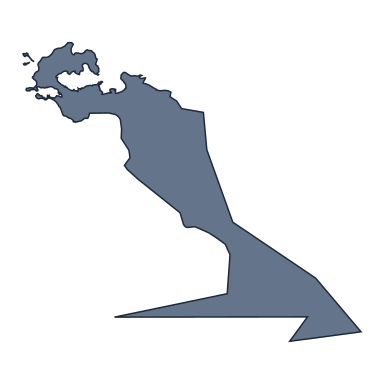 Garðabær, Reykjavík, Iceland
{"feature_id": "244011B25721014671193", "entity_name": "Garðabær", "entity_type": "district", "adm_level": 2, "iso_a3": "ISL", "parent_name": "Iceland", "parent_adm1": "Reykjavík", "projection": "albers", "projection_center": [-21.974, 64.042], "detail": "fine", "context": "isolated", "style": "filled", "palette": "slate", "viewbox_px": 384, "rotation_deg": 0, "n_neighbors": 0, "source": "geoboundaries", "source_scale": "gbopen_adm2", "svg_char_len": 5291}
<svg xmlns="http://www.w3.org/2000/svg" viewBox="0 0 384 384"><path d="M232.8,222.2L206.8,149.7L203.4,112.4L181.6,108.6L176.7,101.1L170.0,96.7L170.9,92.2L168.7,91.0L166.7,90.5L164.5,90.4L160.1,90.7L157.0,90.2L156.3,89.9L156.5,89.4L154.8,88.6L149.1,85.1L146.3,84.0L143.1,83.2L143.6,81.5L145.1,79.0L145.4,77.8L141.6,78.5L140.1,78.2L139.4,77.5L139.6,76.8L140.0,76.2L141.7,75.5L140.3,74.9L138.9,75.8L137.2,76.2L134.5,75.6L134.1,75.6L133.5,76.0L130.9,75.9L129.2,75.1L125.5,72.6L123.9,72.3L122.5,73.3L121.5,75.0L121.1,75.1L121.1,76.8L120.8,77.8L121.0,78.9L121.3,79.3L123.4,81.3L124.5,83.2L125.0,83.3L125.5,84.2L126.0,86.6L126.0,87.1L125.7,87.7L125.8,88.8L124.9,88.9L124.5,89.3L124.2,90.0L121.7,91.6L116.7,93.4L115.6,93.2L115.5,91.5L115.6,90.6L115.4,90.1L114.5,90.3L114.1,89.5L114.9,89.2L113.9,88.9L111.6,88.8L110.2,89.3L109.9,89.9L109.9,90.7L110.6,91.5L110.4,91.7L110.5,92.0L111.4,92.6L111.0,92.9L109.8,93.0L109.2,92.7L103.6,94.3L102.0,94.4L102.0,94.0L102.5,93.3L102.5,92.3L101.3,91.3L100.7,90.4L99.6,89.9L99.5,89.7L99.9,88.7L99.9,88.3L99.3,87.7L99.4,87.4L99.4,87.0L98.8,86.6L99.0,86.2L98.9,85.8L98.6,85.6L98.6,85.2L98.9,85.0L100.5,84.3L100.8,84.0L101.0,82.9L101.9,82.6L102.5,82.0L102.1,81.5L101.0,81.5L100.9,82.4L99.3,82.2L99.5,82.6L99.3,83.0L98.2,83.1L97.6,84.2L97.0,84.7L94.4,84.8L93.4,85.2L92.7,85.1L92.2,85.9L91.2,85.5L90.1,85.4L86.2,86.1L83.2,88.3L82.1,87.9L81.3,88.2L81.1,88.4L81.2,89.2L80.9,89.5L80.2,88.7L79.0,88.8L78.2,88.3L78.4,89.0L78.1,89.5L78.1,90.3L78.0,90.5L78.2,91.0L78.1,91.3L77.8,91.6L76.6,90.8L75.1,90.9L73.9,89.5L73.6,89.6L73.4,90.4L73.0,90.7L70.8,90.3L68.0,88.7L66.6,87.2L66.1,87.0L65.6,87.4L65.2,87.0L65.3,86.3L65.0,86.3L64.5,86.8L64.2,86.6L63.8,85.8L61.5,84.7L57.6,81.2L57.3,80.2L57.1,78.2L57.5,77.5L56.3,77.6L56.3,77.3L56.0,76.9L55.9,76.6L56.2,76.2L58.6,74.2L59.6,73.7L60.8,73.5L63.2,71.7L64.1,71.3L65.8,71.1L67.1,71.3L67.8,72.1L67.8,72.4L67.4,72.9L69.3,74.4L69.8,74.3L71.4,72.5L72.8,71.4L75.2,71.2L75.3,71.6L74.9,72.4L75.0,72.6L77.1,73.9L78.3,74.1L79.2,74.7L79.6,74.3L79.5,74.0L79.5,73.3L79.8,72.4L80.6,71.2L81.2,70.9L82.6,71.1L83.0,70.8L83.2,69.9L83.1,68.1L82.3,66.5L82.3,65.8L82.7,64.5L84.2,63.4L86.1,63.4L87.4,64.2L88.3,65.1L88.5,65.4L88.5,66.1L88.7,66.3L89.0,67.7L89.9,69.0L90.3,70.1L91.0,70.5L91.4,71.3L91.9,71.6L92.8,71.4L93.1,72.1L93.5,72.3L94.2,73.3L95.4,74.0L96.4,74.1L98.0,75.1L98.5,74.7L97.3,73.7L97.3,73.2L97.4,72.9L98.7,71.8L98.9,71.4L98.6,69.7L98.8,68.3L97.9,67.0L97.7,66.0L96.9,65.9L96.4,65.0L95.6,64.5L95.7,63.6L96.0,63.1L97.2,59.3L97.1,59.0L95.9,58.3L95.0,54.5L93.6,52.6L92.3,51.9L91.5,50.7L88.8,50.5L87.2,49.9L86.3,50.2L85.1,51.1L84.9,51.3L85.0,51.9L84.4,52.5L82.3,53.5L80.7,53.7L78.5,53.1L75.9,52.9L74.8,53.4L74.2,54.7L73.2,54.6L72.2,53.9L71.9,53.4L71.3,51.8L71.1,50.5L71.1,49.1L71.3,48.3L72.4,45.8L73.3,44.4L73.1,44.0L71.7,42.7L67.8,42.7L65.2,45.8L61.0,48.1L57.8,48.3L54.5,49.7L52.0,53.7L50.0,55.7L48.2,57.0L46.2,57.4L43.0,57.3L42.0,58.1L40.6,60.6L38.4,63.1L38.0,64.1L38.0,64.7L38.6,66.9L38.8,68.1L38.8,69.6L38.5,70.5L37.8,71.4L36.5,71.7L35.6,72.8L34.9,73.2L34.6,73.7L33.9,76.0L32.8,76.6L32.4,77.2L32.5,77.7L33.7,79.1L35.8,80.7L36.4,81.5L36.7,83.3L36.7,84.1L36.3,85.4L33.6,88.1L29.5,87.7L28.2,88.2L26.7,88.3L26.1,89.3L26.2,90.2L26.8,90.8L29.6,90.9L29.9,90.8L30.0,90.2L30.2,89.9L34.2,89.4L35.4,90.0L36.3,91.0L36.6,91.0L37.6,90.8L38.1,90.1L37.4,89.4L37.1,88.3L36.6,87.6L36.7,87.2L37.7,86.7L39.0,86.9L41.2,87.9L42.1,87.4L42.7,87.7L43.7,87.6L44.2,88.0L45.9,87.8L46.4,87.2L47.6,87.6L49.5,86.7L51.4,86.7L52.6,87.1L54.3,88.1L54.5,88.6L56.4,88.8L57.9,89.7L58.4,90.5L58.3,91.0L58.7,92.0L58.3,92.6L59.3,92.7L58.8,93.2L59.2,93.7L59.1,94.0L59.3,94.5L59.9,94.4L60.9,93.7L61.2,93.8L62.0,96.1L61.9,96.8L61.8,97.0L60.7,97.0L58.7,96.1L56.6,95.8L56.1,96.7L54.3,98.2L54.1,97.9L52.6,97.9L50.4,97.2L49.6,97.3L49.5,97.2L49.3,95.9L48.8,96.8L48.7,96.5L48.8,95.6L48.1,95.6L47.8,95.2L47.6,95.2L47.7,95.7L47.4,96.0L48.1,96.4L47.6,96.6L47.7,97.1L47.7,97.4L46.8,98.4L46.0,98.2L44.9,98.6L44.3,98.3L43.9,97.3L42.6,97.3L41.8,95.6L41.5,95.6L41.3,95.8L40.0,95.7L39.7,95.5L39.5,94.9L38.8,94.7L38.5,94.2L38.0,93.8L38.4,93.3L37.1,94.0L36.6,94.9L35.7,95.6L35.7,95.9L36.0,96.9L36.9,98.0L38.6,98.8L39.3,98.8L40.5,98.2L43.1,98.4L43.8,98.7L44.6,99.7L45.8,99.8L46.7,99.4L47.8,98.1L48.6,98.0L50.9,98.5L53.9,100.1L56.0,101.8L58.2,104.8L58.9,106.4L59.8,107.2L60.5,108.2L62.7,114.1L63.2,115.3L63.8,115.8L66.0,116.1L68.7,118.0L71.3,118.7L73.0,120.3L73.5,121.1L73.2,121.4L73.3,121.6L73.6,121.4L73.9,121.8L74.7,121.5L74.9,121.8L74.8,122.0L75.1,122.2L75.4,121.8L76.0,122.1L81.5,120.8L82.6,119.7L83.4,119.4L84.2,118.4L87.7,118.3L88.4,117.2L89.6,113.2L108.8,113.0L115.3,114.5L117.1,115.5L119.3,117.8L120.3,119.6L121.6,128.9L121.2,138.3L128.9,150.2L130.0,157.7L124.4,165.4L127.3,169.5L138.4,179.5L180.1,212.8L183.4,224.1L184.4,225.9L185.6,226.9L187.3,227.5L193.9,226.8L195.7,227.0L208.7,232.8L216.5,237.8L225.3,244.3L230.0,254.8L227.2,293.7L114.5,317.1L307.5,316.9L289.7,341.3L361.0,331.8L315.7,278.2L232.8,222.2ZM27.6,53.5L26.6,53.0L25.8,53.8L24.8,53.6L24.3,53.9L23.5,53.6L23.1,53.8L23.0,54.2L24.0,55.9L24.6,56.4L25.2,56.5L25.5,55.8L26.9,55.6L27.6,55.8L29.1,56.9L32.0,60.6L34.2,61.6L32.3,60.4L30.2,58.1L28.1,55.2L27.9,54.0L27.6,53.5ZM28.2,63.4L29.3,62.6L29.2,62.4L26.8,63.5L24.7,63.2L23.5,64.0L23.8,64.7L25.5,65.0L26.0,64.8L26.4,64.2L28.2,63.4Z" fill="#64748b" stroke="#1e293b" stroke-width="1.5"/></svg>